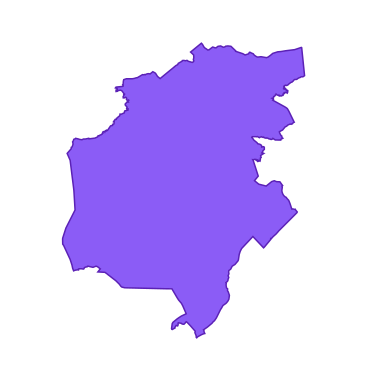 outline of Tampamolón Corona, San Luis Potosí, Mexico, rotated 258°
{"feature_id": "50627088B27548444150283", "entity_name": "Tampamolón Corona", "entity_type": "district", "adm_level": 2, "iso_a3": "MEX", "parent_name": "Mexico", "parent_adm1": "San Luis Potosí", "projection": "robinson", "projection_center": [-98.758, 21.551], "detail": "fine", "context": "isolated", "style": "filled", "palette": "violet", "viewbox_px": 384, "rotation_deg": 258, "n_neighbors": 0, "source": "geoboundaries", "source_scale": "gbopen_adm2", "svg_char_len": 6030}
<svg xmlns="http://www.w3.org/2000/svg" viewBox="0 0 384 384"><g transform="rotate(258 192 192)"><path d="M179.4,282.0L183.7,280.1L184.5,276.9L185.9,274.8L185.6,272.1L182.4,265.8L185.8,258.9L190.1,255.5L193.8,260.1L210.5,258.4L211.0,258.2L210.8,258.9L210.9,260.2L210.5,261.4L209.9,261.2L209.4,261.6L209.7,262.7L208.9,262.4L208.2,262.6L208.2,263.2L208.8,263.6L208.9,264.1L208.4,264.3L208.0,264.9L209.2,265.5L211.0,265.9L211.3,266.8L213.4,266.7L214.8,270.2L215.7,268.4L216.4,269.0L216.5,269.5L217.2,269.7L217.7,270.1L218.6,271.6L220.5,272.0L221.2,271.8L221.5,271.3L221.5,269.5L222.4,269.7L223.3,269.6L224.6,268.3L225.5,266.4L226.8,265.8L229.9,263.3L232.1,262.4L232.8,261.8L233.6,262.4L232.9,265.8L232.6,266.5L232.7,267.4L231.1,269.2L231.5,270.0L231.6,271.6L231.2,271.8L230.6,273.0L230.8,273.5L229.9,274.2L229.2,275.7L229.4,276.4L228.3,278.1L227.9,278.3L227.5,279.5L226.9,280.3L227.1,281.9L227.6,282.3L225.6,284.2L224.4,289.3L224.8,289.2L225.7,292.0L226.4,291.4L228.2,291.4L228.7,290.8L231.5,290.0L232.8,290.0L233.8,293.5L236.3,296.6L236.7,298.3L237.5,299.5L238.1,302.1L238.3,302.0L237.7,302.7L237.6,303.1L237.9,303.7L237.8,304.4L238.9,305.6L239.0,306.5L251.0,303.5L253.7,302.6L254.6,301.9L256.0,300.5L265.0,290.1L265.6,291.0L266.1,291.0L267.0,289.9L267.1,290.9L267.3,291.3L268.4,291.7L268.3,292.2L269.0,293.4L269.5,293.7L270.1,293.5L269.6,293.9L269.7,294.2L270.3,294.6L269.2,295.4L268.9,295.9L268.8,296.6L267.9,297.1L267.7,297.4L267.9,297.8L268.1,297.9L267.6,298.3L267.6,298.9L267.3,299.7L267.9,300.8L267.7,301.2L268.2,301.5L268.8,301.4L269.2,302.2L269.0,302.6L269.2,303.0L270.0,302.9L270.0,303.7L269.7,304.9L268.9,305.7L270.0,306.5L270.7,306.5L271.1,306.8L271.3,306.7L271.2,306.3L271.8,306.2L271.9,305.8L271.7,305.4L272.7,305.4L273.1,304.7L273.5,305.0L274.2,304.1L274.0,303.5L273.7,303.3L273.9,303.1L274.5,303.8L274.7,304.3L275.0,304.4L275.5,304.3L275.5,303.9L275.3,303.6L276.3,303.8L276.9,305.0L277.0,305.6L276.5,306.8L276.8,308.1L277.4,309.0L278.6,311.5L278.7,312.7L279.2,313.3L279.5,314.1L280.1,314.7L280.7,315.6L280.4,317.7L280.7,318.6L281.1,319.2L281.5,320.8L281.5,321.5L282.0,322.8L281.7,323.9L281.7,324.8L282.4,326.3L310.4,329.3L310.7,329.0L309.9,322.0L310.7,312.7L310.9,308.2L311.3,305.0L310.8,299.8L309.4,297.2L308.2,294.6L307.9,292.9L310.0,287.6L310.3,284.3L311.0,283.2L312.7,281.5L314.5,280.6L315.8,278.7L316.3,278.3L316.7,277.5L316.6,277.1L315.4,276.1L315.0,272.4L316.7,270.5L320.5,264.0L320.8,264.2L326.4,260.4L327.4,257.5L327.6,255.2L327.1,254.3L327.1,252.7L328.9,250.4L329.1,247.7L328.0,245.4L328.1,245.2L328.3,244.4L329.1,243.2L329.5,242.3L327.5,238.1L327.7,236.8L328.9,235.9L329.9,234.8L331.2,233.9L334.3,232.9L335.6,232.1L329.2,219.7L325.7,222.1L323.1,221.7L321.1,220.8L319.9,221.1L319.1,220.4L318.7,219.2L320.7,215.4L321.1,215.2L321.8,214.5L321.7,212.8L322.4,211.5L322.6,209.9L322.0,209.5L320.7,205.3L319.6,204.5L319.0,202.5L309.6,184.4L312.2,182.3L315.5,181.1L316.2,180.6L317.8,178.7L316.2,175.5L316.6,174.7L316.9,173.5L316.8,171.6L316.4,170.9L316.8,170.0L316.6,169.4L317.1,168.0L315.2,162.3L315.3,161.2L315.1,159.2L315.2,157.1L316.4,151.3L316.1,148.6L314.7,147.9L311.6,147.0L311.4,146.5L310.2,146.8L309.7,146.4L310.4,139.5L309.7,138.7L308.9,140.1L308.2,140.5L307.5,140.2L307.5,138.9L306.1,138.6L306.0,140.0L306.5,140.9L306.5,143.0L306.3,143.5L305.6,144.4L302.2,146.0L301.8,145.5L301.2,145.5L301.2,145.9L299.7,144.5L298.4,144.3L298.1,145.2L298.5,146.6L298.3,147.1L297.3,147.6L296.5,147.1L294.9,147.7L295.2,148.6L295.2,149.1L294.7,149.2L294.0,148.1L293.2,148.4L293.3,147.6L293.6,147.3L291.9,144.9L290.9,144.8L288.4,146.2L287.4,145.4L286.9,145.4L286.7,146.7L285.5,146.5L285.3,144.8L285.4,143.3L284.9,142.8L283.5,142.2L282.7,138.5L283.2,137.9L281.4,136.9L280.9,135.5L280.1,134.6L279.8,133.5L278.8,133.1L279.0,132.0L277.7,130.5L277.1,129.9L276.9,130.5L275.3,130.0L274.7,129.6L274.7,128.4L273.6,128.1L273.6,126.1L269.8,122.1L269.6,121.1L270.2,121.1L270.0,120.3L269.3,119.5L268.8,119.2L269.5,118.9L269.4,117.5L268.7,117.0L268.2,117.2L268.0,116.4L267.7,116.2L267.4,116.2L267.0,115.5L266.8,113.8L266.3,113.0L266.6,111.9L265.6,111.2L264.9,108.3L265.4,102.3L266.0,102.2L266.0,98.7L266.4,96.8L266.0,95.2L266.9,92.8L267.3,92.3L268.7,89.4L268.4,89.1L268.1,87.3L266.8,86.6L265.8,85.6L265.2,85.7L263.6,85.6L261.1,84.2L260.8,83.2L259.4,82.8L255.7,77.9L248.3,79.4L218.2,76.8L198.9,73.9L198.5,73.7L183.0,61.2L173.7,55.9L172.7,55.6L167.9,54.7L166.5,55.3L151.3,58.8L145.5,59.4L142.1,59.4L139.5,59.8L139.8,61.7L139.7,63.1L139.7,64.0L139.3,64.6L139.4,64.9L140.2,64.9L140.4,65.6L139.9,67.9L139.2,69.7L139.4,70.4L140.2,70.8L140.5,71.4L140.7,72.3L140.6,73.9L141.1,74.3L140.9,75.4L140.4,76.2L138.9,79.5L139.4,82.7L138.7,83.9L135.9,86.3L133.4,83.3L131.5,90.2L121.1,99.0L117.0,101.7L114.6,102.8L113.6,103.6L112.3,106.3L102.7,146.7L101.5,152.2L91.6,155.5L89.2,156.4L85.3,158.5L82.5,159.3L74.1,161.0L72.9,155.9L72.0,153.5L71.0,151.1L68.5,146.3L67.4,145.3L62.7,143.6L61.9,143.7L61.6,144.1L62.5,147.0L62.9,146.9L64.8,148.8L64.0,150.1L64.9,150.8L66.2,151.0L66.9,151.4L65.8,154.2L64.9,154.9L64.3,156.6L65.1,157.9L66.0,158.9L66.2,159.5L65.4,160.2L61.4,162.7L55.1,166.2L53.8,165.6L50.4,166.2L49.0,165.9L48.4,166.3L49.2,167.4L50.5,171.8L50.9,174.0L50.9,175.1L52.8,174.7L54.1,174.9L54.8,174.6L56.6,178.9L59.4,184.2L60.7,185.8L61.4,187.2L63.8,189.7L71.0,195.4L72.7,197.1L73.9,198.1L74.6,198.8L75.9,201.9L76.4,202.7L77.8,204.4L79.5,205.8L83.1,207.1L86.8,206.7L88.0,206.2L89.9,206.7L91.0,205.8L94.1,206.0L95.3,206.5L96.3,206.3L97.2,208.1L98.3,208.9L99.3,209.2L100.7,210.2L102.6,209.9L104.3,211.1L106.1,211.2L107.5,211.7L108.5,213.8L111.1,215.9L112.2,219.0L115.1,222.7L116.2,223.4L121.1,225.2L123.9,226.8L126.4,228.8L135.8,242.3L122.5,250.4L123.2,251.5L129.3,259.2L130.2,259.3L130.2,259.9L129.9,259.9L131.5,262.1L133.5,265.6L136.0,268.9L150.0,290.4L150.6,290.8L152.9,289.6L153.7,289.4L153.7,288.7L154.5,287.1L154.4,286.2L156.1,285.9L160.1,285.5L163.6,284.9L166.2,283.4L167.1,283.1L168.0,282.0L168.8,281.4L169.9,280.8L171.1,280.4L173.1,280.1L174.8,280.2L177.9,281.3L179.0,281.2L179.4,282.0Z" fill="#8b5cf6" stroke="#5b21b6" stroke-width="1.5"/></g></svg>